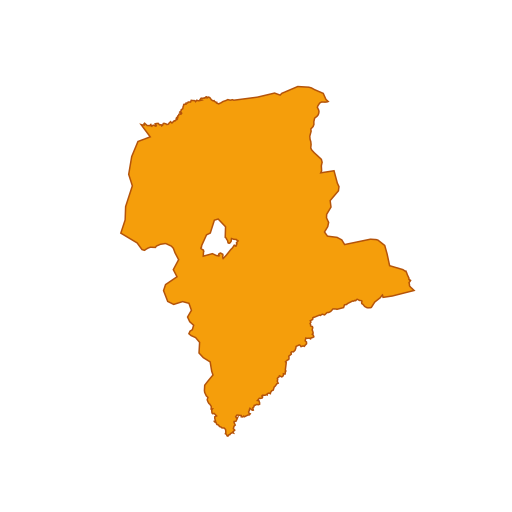 outline of Kati, Koulikoro, Mali, rotated 204°
{"feature_id": "8926073B85176458631238", "entity_name": "Kati", "entity_type": "district", "adm_level": 2, "iso_a3": "MLI", "parent_name": "Mali", "parent_adm1": "Koulikoro", "projection": "orthographic", "projection_center": [-8.119, 12.599], "detail": "fine", "context": "isolated", "style": "filled", "palette": "amber", "viewbox_px": 512, "rotation_deg": 204, "n_neighbors": 0, "source": "geoboundaries", "source_scale": "gbopen_adm2", "svg_char_len": 6129}
<svg xmlns="http://www.w3.org/2000/svg" viewBox="0 0 512 512"><g transform="rotate(204 256 256)"><path d="M97.6,288.8L100.6,289.9L101.6,290.2L103.2,290.9L103.7,291.3L104.3,292.5L105.4,293.9L105.0,295.3L104.9,296.4L105.7,296.2L105.9,296.9L107.0,297.0L107.3,298.0L110.2,300.5L111.3,301.7L113.0,303.2L113.4,302.8L116.2,303.3L130.0,301.5L137.0,311.1L142.7,318.0L151.0,320.1L152.8,319.9L158.3,317.9L179.7,302.5L184.2,305.6L189.5,306.0L198.8,303.2L203.2,305.8L202.4,312.0L203.3,316.2L207.1,319.5L208.4,322.8L207.4,331.2L210.8,336.8L207.2,349.1L208.4,353.1L211.3,355.6L219.4,365.6L230.7,358.3L230.7,360.5L233.0,365.0L233.7,368.5L235.6,370.9L245.0,374.1L248.2,375.5L249.9,376.9L251.0,380.2L252.5,382.8L254.1,384.6L255.6,387.3L256.4,392.4L257.6,394.3L256.5,397.4L256.6,399.7L257.8,402.2L258.5,405.8L257.1,408.4L256.6,410.3L256.8,412.2L257.3,413.7L258.2,414.9L260.4,416.7L260.6,418.3L260.0,421.7L258.8,423.3L255.2,424.8L253.7,425.7L252.9,426.5L255.8,427.5L260.7,431.9L270.4,431.8L273.7,432.1L276.4,431.7L286.8,427.8L298.6,415.1L299.4,412.8L305.3,412.4L319.3,401.7L339.6,389.3L341.1,389.2L342.8,387.9L345.4,387.4L346.6,385.9L349.0,383.7L350.5,381.4L351.1,380.9L351.9,379.8L354.2,379.7L354.4,380.4L355.0,380.2L356.9,380.4L357.5,380.9L358.2,380.3L360.2,380.5L362.6,381.9L364.0,381.9L365.0,380.5L365.8,381.4L366.6,380.8L367.0,379.3L367.7,379.4L368.8,378.1L369.5,378.3L370.4,377.7L370.7,376.0L369.3,376.1L371.4,374.5L372.6,374.2L373.4,374.3L374.0,372.4L375.0,373.0L375.7,372.9L377.0,372.3L378.5,371.9L378.4,370.0L380.6,369.1L380.7,367.9L381.6,367.6L382.2,367.1L381.7,366.2L383.5,365.3L383.6,364.7L383.3,364.1L383.4,363.1L382.8,360.7L383.8,359.3L383.4,358.2L384.2,356.4L383.6,356.1L382.9,356.5L382.3,356.5L381.9,356.0L382.3,354.9L383.4,354.8L384.1,354.1L383.8,352.8L384.4,352.2L384.4,351.7L383.8,350.7L384.7,350.3L384.9,349.4L383.6,349.1L383.7,348.5L384.6,347.7L385.0,346.3L385.7,346.3L386.9,343.3L387.9,343.5L388.6,344.0L389.3,342.6L389.7,340.7L390.9,339.8L391.8,340.1L394.0,339.8L394.6,339.3L394.5,337.4L395.1,336.5L395.5,336.9L395.5,337.3L396.1,337.3L397.5,336.6L399.3,337.4L400.9,336.5L401.9,335.8L401.3,335.2L400.2,334.7L400.2,333.9L400.7,333.7L402.5,334.0L403.7,333.1L403.9,332.1L404.4,332.2L405.6,333.4L405.8,333.1L405.6,332.1L408.5,330.9L411.8,332.0L412.1,331.3L411.4,330.2L413.1,329.5L414.4,329.3L401.1,321.8L410.4,312.6L410.0,296.3L405.5,278.8L397.5,269.8L395.2,248.1L390.2,235.7L388.8,221.9L369.9,219.6L362.8,215.5L360.4,215.8L360.1,215.9L359.2,217.5L357.6,219.6L356.0,221.1L351.4,222.9L351.0,224.6L348.1,227.8L344.1,230.4L343.1,230.7L337.3,230.6L334.6,229.4L331.3,226.0L325.2,221.2L326.0,209.9L319.7,204.9L327.0,193.1L326.4,186.8L318.2,178.6L311.5,178.3L304.5,184.5L298.0,185.5L292.9,180.1L293.7,172.4L289.8,169.0L284.8,167.4L284.2,162.8L285.7,160.5L285.7,157.7L282.9,156.9L278.0,156.9L272.4,154.2L268.6,144.2L262.8,141.7L254.8,140.6L249.6,132.7L246.9,129.8L248.8,123.1L250.3,117.1L248.4,112.1L247.4,110.5L244.5,108.0L242.4,107.3L242.1,104.8L240.4,103.1L239.0,102.1L237.8,101.8L235.6,100.3L234.8,98.0L233.6,98.6L233.9,97.4L232.4,94.7L231.2,94.3L230.3,95.2L227.0,93.9L228.3,92.3L227.5,90.7L225.9,88.8L226.9,88.0L226.3,87.6L224.8,87.7L224.0,86.8L223.2,86.2L221.5,86.3L220.0,85.4L218.3,85.5L217.2,85.1L215.1,85.9L213.2,85.1L211.8,82.6L211.7,81.2L210.6,81.1L209.2,79.9L208.4,80.0L208.0,81.7L207.2,82.2L207.1,83.3L205.9,84.9L204.6,85.1L205.6,85.8L204.6,88.3L206.4,89.0L206.9,91.5L206.2,93.1L208.2,94.8L208.7,95.9L207.1,96.8L207.0,98.8L207.1,101.0L207.7,99.9L209.2,100.9L208.7,103.0L204.6,104.3L204.1,103.1L202.6,103.6L202.1,104.7L201.2,104.4L198.8,107.3L197.4,108.2L197.1,109.5L198.4,109.5L199.4,110.6L199.2,112.4L199.6,113.1L199.6,114.4L196.7,113.6L195.8,114.1L197.2,116.0L196.6,117.2L196.8,118.9L196.0,119.4L194.9,120.8L193.5,121.0L192.4,122.0L193.0,123.4L194.5,125.0L195.9,124.6L195.1,127.4L194.0,127.7L192.6,128.8L192.6,130.0L193.7,130.4L193.5,131.4L191.1,132.5L190.0,133.6L189.3,133.6L189.7,134.9L189.0,135.4L188.5,136.0L186.9,136.1L187.2,137.2L186.8,139.3L185.7,140.5L186.1,143.6L185.4,145.3L185.0,147.8L184.0,148.8L185.8,150.4L185.8,151.7L186.7,152.8L186.5,153.9L185.9,154.4L185.9,156.1L183.3,156.0L182.6,157.0L182.5,158.3L183.1,159.6L181.5,159.9L181.7,161.3L182.2,162.1L181.9,163.1L182.8,163.7L185.0,170.9L186.0,171.3L185.1,173.5L184.0,174.8L184.3,176.2L185.3,177.8L183.8,180.7L184.8,182.1L184.4,183.0L182.8,183.7L182.0,185.7L182.1,187.7L182.6,189.7L180.3,192.4L179.5,192.4L178.0,191.5L176.4,193.0L175.1,193.1L174.8,194.5L174.1,196.4L174.9,198.0L176.6,198.5L177.1,201.3L176.1,201.4L174.0,202.6L172.4,202.5L172.4,203.6L171.0,204.6L170.3,205.7L171.6,207.1L172.8,207.4L172.4,208.8L173.7,210.5L174.6,211.2L175.0,213.6L175.8,214.5L176.5,214.2L177.7,214.4L178.1,215.4L179.2,216.3L178.9,217.8L180.0,219.0L179.6,219.2L179.3,220.2L178.5,220.8L178.5,221.7L179.0,222.6L178.5,223.4L177.7,223.9L174.0,227.8L173.1,227.8L171.8,229.8L169.4,230.1L168.1,233.2L166.6,234.0L165.2,235.7L164.1,239.0L161.1,240.2L160.4,240.2L155.0,244.5L155.3,247.4L153.4,248.6L153.2,249.6L150.0,253.5L149.4,254.2L148.4,254.5L147.6,255.7L146.8,255.7L146.2,257.4L145.7,257.7L143.2,257.5L141.9,258.0L141.1,258.0L140.7,257.4L140.5,256.1L139.9,255.5L138.6,255.3L136.2,254.1L133.7,253.9L132.6,254.2L130.1,255.5L129.7,256.1L128.8,262.2L125.5,268.5L124.9,271.2L124.6,271.8L123.1,269.9L115.2,274.9L97.6,288.8ZM306.6,240.1L307.6,240.0L308.0,240.2L309.4,240.4L309.7,241.5L309.4,241.7L309.9,243.7L309.8,255.2L307.1,258.4L308.6,271.8L305.6,274.4L295.7,270.3L291.7,260.5L290.5,260.2L289.6,259.3L288.3,258.6L287.0,256.8L286.6,256.8L286.5,256.6L285.7,256.7L285.1,257.4L284.8,258.7L284.7,259.4L285.5,262.0L283.2,262.2L280.6,263.1L280.2,262.7L278.7,262.7L278.5,262.2L279.3,260.3L279.0,259.8L278.7,259.9L278.4,259.5L278.3,259.0L278.5,258.6L278.1,257.2L278.6,256.7L279.1,256.7L279.6,257.1L280.3,257.0L280.7,254.2L281.3,252.4L281.5,252.2L283.5,244.5L285.0,240.3L285.4,240.6L286.3,242.1L286.4,243.0L287.0,244.0L287.3,244.2L288.5,244.0L289.4,244.4L290.4,243.5L290.8,242.7L290.7,241.9L290.5,241.6L290.1,241.6L290.3,241.2L290.1,240.9L292.4,240.3L296.8,240.4L304.1,234.4L305.6,238.3L305.5,238.8L306.1,239.5L306.3,239.9L306.6,240.1Z" fill="#f59e0b" stroke="#b45309" stroke-width="1.5"/></g></svg>